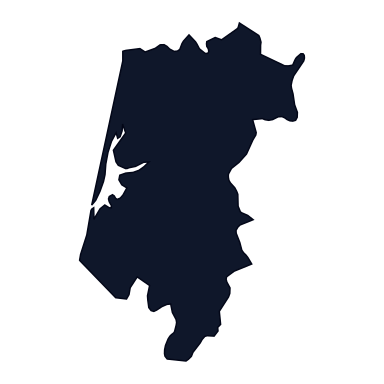 map outline of Aveiro (orthographic projection)
{"feature_id": "PRT-739", "entity_name": "Aveiro", "entity_type": "District", "adm_level": 1, "iso_a3": "PRT", "parent_name": "Portugal", "parent_adm1": "", "projection": "orthographic", "projection_center": [-8.444, 40.685], "detail": "fine", "context": "isolated", "style": "filled", "palette": "ink", "viewbox_px": 384, "rotation_deg": 0, "n_neighbors": 0, "source": "natural_earth", "source_scale": "10m", "svg_char_len": 2525}
<svg xmlns="http://www.w3.org/2000/svg" viewBox="0 0 384 384"><path d="M79.6,260.2L80.6,254.4L86.8,235.0L91.0,210.4L91.9,209.0L93.7,207.8L93.9,216.7L93.7,219.6L100.1,208.8L104.8,205.0L109.3,207.8L111.3,207.8L111.3,205.2L110.5,204.1L109.2,201.7L108.5,198.9L109.3,196.5L112.5,194.7L114.3,196.0L115.5,198.2L117.1,199.4L120.3,198.1L123.0,195.0L126.9,187.9L121.8,184.8L118.9,179.8L119.8,175.2L125.8,173.1L133.2,172.4L139.0,170.3L144.0,166.7L149.0,161.9L143.6,162.3L135.5,166.4L128.7,167.8L127.5,168.4L125.7,168.6L118.3,165.3L116.0,161.8L113.4,150.2L125.7,133.0L122.6,124.0L122.1,130.9L120.1,136.7L117.7,138.3L116.1,132.7L111.5,141.3L108.0,152.3L105.8,164.0L105.0,174.7L103.5,181.5L100.0,191.3L95.7,200.3L91.7,205.1L122.8,60.9L122.8,51.3L122.9,51.2L125.9,50.4L139.9,48.6L145.1,52.0L155.3,48.3L160.2,44.8L164.1,44.7L167.0,46.4L169.6,49.0L174.1,51.4L177.4,51.1L179.8,49.4L182.0,43.6L183.4,41.2L189.0,34.9L195.5,41.8L197.0,44.2L199.4,48.8L205.1,53.4L207.7,53.4L208.8,51.5L208.3,48.8L206.8,46.4L206.5,43.8L206.8,41.6L215.2,37.5L221.6,39.8L237.0,28.9L238.1,27.7L239.4,23.0L258.8,35.5L259.9,38.1L261.0,42.2L260.6,45.1L260.5,54.3L284.6,65.8L288.4,65.9L292.7,65.1L294.9,60.1L295.7,58.6L296.6,57.4L300.9,53.7L303.1,53.8L304.2,55.3L304.4,57.2L304.4,58.2L304.3,58.8L303.7,61.0L293.7,75.8L292.1,80.4L291.1,85.3L291.5,88.2L293.0,93.8L294.6,104.7L297.4,112.4L297.2,117.3L295.6,120.3L292.8,121.1L289.9,120.8L287.2,119.6L284.7,117.8L282.0,116.6L278.2,116.8L272.6,119.6L268.7,120.3L265.0,119.7L262.4,118.6L252.6,119.6L256.2,132.6L255.8,135.0L252.9,139.9L246.5,154.0L239.0,162.4L231.5,168.4L228.5,173.9L228.3,175.7L228.4,177.6L228.9,180.3L230.4,182.9L234.8,187.8L236.7,191.4L237.8,194.3L238.1,206.2L240.4,211.9L241.9,212.9L247.7,215.4L253.1,219.7L240.0,225.0L237.8,227.2L236.0,230.4L236.2,233.3L239.8,242.5L241.8,250.2L243.7,252.9L245.9,255.0L247.9,257.6L251.7,264.0L234.1,271.2L226.6,276.8L226.1,279.2L226.8,282.0L230.0,287.9L229.8,293.4L228.5,297.0L219.3,311.3L220.6,324.4L217.7,327.4L218.0,331.0L214.1,336.1L207.1,335.7L204.8,336.4L202.1,339.5L200.2,342.9L192.9,352.4L191.4,356.3L188.5,359.2L186.0,361.0L167.2,359.0L165.0,356.2L164.5,353.7L164.6,349.8L165.5,345.4L168.1,339.0L169.9,336.2L171.6,334.5L172.6,333.8L174.0,332.6L174.6,331.4L176.2,325.1L176.6,322.5L176.1,319.5L172.4,312.5L170.7,304.0L166.9,304.4L161.9,306.6L156.6,310.1L153.8,311.4L151.1,310.6L148.8,307.6L147.8,300.0L147.5,295.8L149.6,285.5L137.2,276.9L130.2,287.7L129.0,294.6L126.5,299.0L115.7,297.7L80.3,261.1L79.6,260.2Z" fill="#0f172a" stroke="#020617" stroke-width="1.5"/></svg>